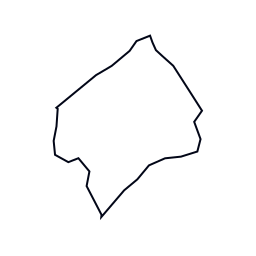 outline of Suseong-gu, Daegu, South Korea, rotated 125°
{"feature_id": "91817680B49679347075852", "entity_name": "Suseong-gu", "entity_type": "district", "adm_level": 2, "iso_a3": "KOR", "parent_name": "South Korea", "parent_adm1": "Daegu", "projection": "natural_earth1", "projection_center": [128.666, 35.83], "detail": "fine", "context": "isolated", "style": "outline", "palette": "ink", "viewbox_px": 256, "rotation_deg": 125, "n_neighbors": 0, "source": "geoboundaries", "source_scale": "gbopen_adm2", "svg_char_len": 513}
<svg xmlns="http://www.w3.org/2000/svg" viewBox="0 0 256 256"><g transform="rotate(125 128 128)"><path d="M216.3,98.8L181.2,95.4L164.7,90.9L146.6,89.4L131.6,80.3L121.1,68.2L107.5,57.7L95.5,62.2L85.0,77.3L71.4,77.3L62.8,98.1L51.1,126.6L49.4,140.9L48.2,149.8L43.9,157.0L39.7,162.9L51.9,170.9L63.9,170.9L86.5,177.0L103.0,184.5L152.5,198.3L152.6,196.6L167.7,187.5L181.2,181.5L191.8,172.4L190.2,157.3L181.2,151.3L185.7,134.7L199.3,128.6L214.3,99.9L216.3,98.8Z" fill="none" stroke="#020617" stroke-width="2"/></g></svg>